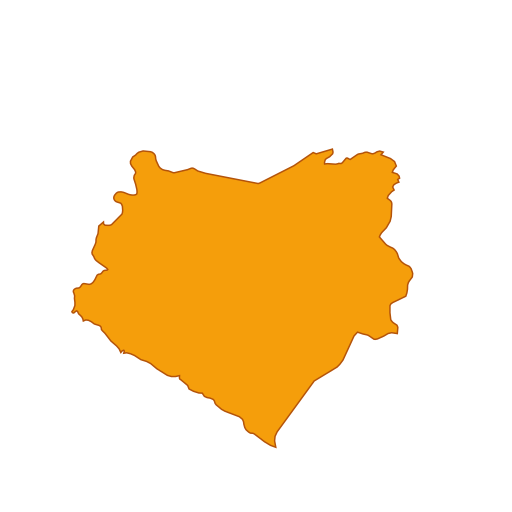 an SVG outline of Worodougou, rotated 310°
{"feature_id": "CIV-3443", "entity_name": "Worodougou", "entity_type": "Region", "adm_level": 1, "iso_a3": "CIV", "parent_name": "Ivory Coast", "parent_adm1": "", "projection": "natural_earth1", "projection_center": [-6.431, 8.415], "detail": "fine", "context": "isolated", "style": "filled", "palette": "amber", "viewbox_px": 512, "rotation_deg": 310, "n_neighbors": 0, "source": "natural_earth", "source_scale": "10m", "svg_char_len": 4362}
<svg xmlns="http://www.w3.org/2000/svg" viewBox="0 0 512 512"><g transform="rotate(310 256 256)"><path d="M287.4,414.1L284.4,409.2L281.5,407.0L276.9,405.4L270.5,402.3L268.9,401.0L268.1,399.9L267.5,393.8L267.3,392.7L266.9,391.7L265.0,388.0L262.9,382.7L257.7,382.5L232.2,389.5L227.0,389.8L223.1,389.5L197.7,380.9L134.9,385.2L130.1,386.5L126.3,389.1L122.2,394.1L120.3,388.9L119.2,382.0L118.6,369.0L118.2,367.6L116.7,365.5L116.4,363.4L116.5,360.2L116.9,358.9L117.5,357.5L119.3,354.9L121.0,353.0L122.2,350.7L122.2,346.6L120.1,340.5L117.2,332.2L116.4,328.1L116.4,321.2L116.8,319.5L118.4,316.9L118.6,315.3L117.6,312.1L116.1,309.5L115.3,306.7L116.4,303.0L114.3,300.2L112.2,295.1L111.1,290.2L112.9,286.9L112.9,278.1L112.7,276.9L113.3,275.8L115.2,274.3L111.9,271.8L109.3,268.7L107.6,264.8L105.9,252.6L105.9,244.4L104.9,239.9L102.6,234.4L101.7,226.9L100.5,222.8L98.7,219.1L96.5,217.2L98.5,216.3L98.8,215.3L97.5,214.5L95.2,214.5L96.9,210.8L97.5,207.0L97.6,199.6L99.7,190.0L100.0,186.6L100.3,184.9L101.8,183.3L102.2,181.8L101.9,180.3L100.4,176.8L100.0,175.7L99.8,172.1L99.1,169.0L97.6,166.7L95.2,165.5L96.5,163.8L97.3,162.0L97.6,159.9L97.7,157.3L98.8,155.0L98.7,153.8L97.1,153.3L95.8,153.2L95.0,152.8L94.6,151.9L94.8,151.1L95.1,150.7L97.4,150.6L101.7,149.1L104.1,147.1L106.8,144.2L108.9,142.7L110.5,140.4L110.8,139.7L111.1,139.2L111.6,138.7L112.4,138.3L113.5,138.2L115.0,138.6L115.9,139.2L116.4,139.5L116.5,139.7L116.5,139.8L116.9,140.2L117.5,140.7L118.3,141.1L119.3,141.3L122.3,141.0L123.3,141.2L124.0,141.6L124.6,142.4L126.5,145.6L127.0,146.4L127.7,147.0L128.5,147.5L129.4,147.8L130.4,148.0L131.5,148.1L134.3,147.8L139.1,146.6L140.3,146.9L141.2,147.4L141.8,148.1L142.8,148.6L144.1,148.7L146.0,148.6L147.1,148.9L147.9,149.5L149.2,150.8L149.8,151.1L150.4,151.1L150.7,149.9L150.7,148.7L149.9,139.8L149.9,139.7L149.8,136.8L149.9,135.5L150.3,134.0L151.3,132.1L151.8,130.6L152.1,129.4L153.1,128.2L154.9,127.2L161.7,125.3L163.7,124.5L165.9,122.8L167.4,122.0L171.6,120.6L177.9,116.3L184.0,117.3L182.6,118.6L182.5,120.5L184.4,123.0L185.7,124.4L186.4,124.8L187.3,125.2L201.9,126.4L203.4,125.8L205.2,124.6L208.2,121.7L209.2,119.9L209.5,118.4L208.0,114.7L207.7,113.7L207.7,112.6L207.9,111.6L208.3,110.7L208.8,110.0L209.5,109.4L210.5,108.9L211.8,108.6L214.2,108.6L215.5,108.9L216.5,109.4L218.3,111.3L219.3,113.0L219.9,114.4L221.3,118.7L222.1,120.4L223.1,122.0L224.3,123.4L225.0,124.0L225.8,124.5L226.8,124.8L228.3,124.0L230.2,122.2L233.6,117.7L236.7,112.8L237.7,111.9L239.6,110.9L240.9,110.8L242.1,110.5L243.0,109.8L244.1,107.6L245.0,103.2L245.8,101.2L246.2,100.4L247.9,98.9L252.6,97.9L256.0,98.9L256.9,98.9L258.2,99.0L260.2,99.5L263.9,102.0L268.0,108.0L268.7,109.7L268.8,110.8L268.8,112.0L268.6,113.1L268.2,114.1L267.7,114.9L265.8,116.9L264.8,118.4L262.2,123.9L262.0,125.0L261.8,126.1L261.9,127.3L262.0,128.4L262.3,129.4L263.1,131.2L264.9,134.2L265.3,135.3L266.3,138.3L266.6,139.0L267.0,139.7L267.1,139.8L278.2,148.1L281.5,149.9L282.3,150.6L282.9,151.6L283.3,153.4L283.6,156.0L283.8,157.0L286.9,164.2L312.9,211.1L314.3,212.0L349.5,227.0L372.0,233.3L373.0,236.5L387.0,245.8L385.1,248.2L383.6,249.0L379.4,248.6L376.2,247.4L374.6,247.1L373.1,247.6L371.5,248.5L370.6,249.4L371.1,249.9L372.7,251.4L377.5,258.0L379.4,259.5L380.2,259.9L380.8,260.8L381.6,261.8L382.9,262.2L388.8,262.2L389.6,262.7L390.0,264.0L390.2,265.3L390.5,266.1L398.8,268.4L399.8,268.8L403.3,271.7L405.3,272.7L406.1,273.4L406.9,274.3L408.6,278.6L409.3,279.8L411.2,280.9L413.6,281.7L415.9,283.3L417.4,286.7L413.9,286.7L417.1,296.4L417.4,301.4L415.1,305.7L412.5,305.7L410.0,305.8L407.7,306.7L409.6,311.4L409.2,314.2L407.9,316.0L405.7,315.3L404.4,318.0L402.1,316.7L399.2,315.8L396.7,316.3L395.3,319.4L392.5,318.6L387.4,318.4L385.5,319.1L384.6,319.5L384.8,322.6L384.7,324.2L384.2,325.4L383.2,326.6L373.2,334.2L368.8,336.4L361.4,337.7L355.7,337.3L354.1,337.3L351.5,337.7L350.0,338.3L349.9,338.3L348.4,347.7L348.4,349.6L349.2,353.2L349.8,355.2L350.0,356.3L350.0,357.5L349.9,358.7L349.4,360.8L348.7,362.7L346.2,366.6L345.9,367.6L345.1,370.9L345.1,372.1L345.2,374.6L345.6,376.7L346.5,379.8L346.4,381.3L345.9,383.1L344.2,386.0L343.3,387.3L340.4,389.2L335.4,389.5L333.6,389.8L331.2,390.8L327.9,393.4L324.7,395.3L321.5,396.6L308.3,390.7L306.0,390.1L304.1,390.5L298.6,395.1L293.8,400.2L293.2,402.4L293.1,404.0L293.5,407.5L293.6,408.4L293.0,409.7L292.4,410.6L287.4,414.1Z" fill="#f59e0b" stroke="#b45309" stroke-width="1.5"/></g></svg>